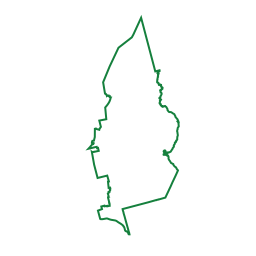 La Libertad, Petén, Guatemala (orthographic projection), rotated 75°
{"feature_id": "79465075B31281143780542", "entity_name": "La Libertad", "entity_type": "district", "adm_level": 2, "iso_a3": "GTM", "parent_name": "Guatemala", "parent_adm1": "Petén", "projection": "orthographic", "projection_center": [-90.603, 16.998], "detail": "fine", "context": "isolated", "style": "outline", "palette": "green", "viewbox_px": 256, "rotation_deg": 75, "n_neighbors": 0, "source": "geoboundaries", "source_scale": "gbopen_adm2", "svg_char_len": 5258}
<svg xmlns="http://www.w3.org/2000/svg" viewBox="0 0 256 256"><g transform="rotate(75 128 128)"><path d="M204.9,109.9L204.5,109.6L201.8,107.3L199.8,105.6L199.1,105.0L198.0,104.1L196.6,102.9L195.8,102.2L191.7,98.9L190.2,97.6L189.0,96.6L188.3,96.0L186.9,94.8L184.6,92.9L181.9,90.7L181.6,90.8L181.1,91.1L180.1,91.5L179.8,91.6L179.4,91.6L179.1,91.7L178.2,92.0L177.4,92.8L177.0,93.0L176.1,93.4L175.6,93.6L174.6,93.6L174.4,93.7L174.1,94.3L173.4,94.8L173.0,95.4L172.8,95.5L171.7,95.8L170.9,96.0L169.7,96.5L169.2,96.6L168.4,96.8L167.6,96.7L166.6,96.3L166.4,96.3L166.1,96.4L165.3,96.4L165.2,96.5L165.2,96.9L165.1,97.0L164.8,96.7L164.6,96.7L164.4,96.9L164.5,97.2L164.6,97.3L164.6,97.5L164.4,97.6L163.9,97.5L163.7,97.6L163.6,99.1L163.2,99.8L163.2,100.3L163.1,100.5L162.8,100.5L162.6,100.4L162.6,100.2L162.7,99.8L162.7,99.6L161.6,99.4L161.0,99.5L160.3,99.4L160.1,99.6L159.7,99.6L159.5,99.4L159.1,98.7L159.2,98.2L159.4,97.9L159.7,97.8L160.1,97.8L160.5,97.6L161.1,97.7L161.5,97.8L161.8,97.8L162.3,97.5L162.5,97.0L162.5,96.6L162.3,96.3L162.2,95.9L161.9,95.6L162.2,95.3L162.3,95.1L162.1,94.4L162.1,93.8L162.0,93.4L161.9,92.9L161.7,92.7L160.9,91.8L160.4,91.3L159.7,90.4L159.1,90.1L158.4,89.2L158.2,88.8L158.1,88.7L157.6,88.4L157.3,88.4L156.9,88.4L156.3,88.0L156.1,87.6L155.9,87.3L155.2,86.8L154.4,86.6L154.2,86.4L154.1,86.2L154.1,85.7L153.7,85.6L153.5,85.4L153.6,85.1L153.4,84.9L153.0,84.9L152.7,84.8L152.6,84.7L152.3,83.9L151.8,83.4L151.5,83.3L150.8,83.2L150.1,82.9L149.2,82.6L148.8,82.3L148.4,82.0L148.0,81.8L146.9,81.6L145.5,81.5L144.8,81.3L144.2,81.4L143.9,81.4L142.8,81.0L142.3,80.5L141.9,80.4L141.3,80.2L140.9,80.0L140.4,79.6L139.9,78.9L139.6,78.6L139.3,78.5L138.0,78.3L137.0,78.1L136.4,78.0L135.7,78.1L135.0,77.9L134.9,78.0L134.6,78.4L134.4,78.5L134.3,78.3L134.2,78.2L134.3,78.0L134.4,77.7L134.5,77.6L134.4,77.6L133.8,77.8L132.6,77.9L132.0,78.1L131.6,78.4L130.6,78.8L129.8,79.2L129.6,79.3L128.8,79.2L127.9,79.5L126.9,79.6L126.5,79.8L126.3,80.0L125.8,80.6L124.8,81.4L124.0,82.1L123.7,82.6L123.4,83.7L123.2,84.0L122.9,84.4L122.0,84.8L121.3,85.0L121.0,85.2L120.5,85.1L119.8,85.0L117.6,85.6L117.4,85.8L117.0,86.1L116.4,86.4L116.3,86.6L116.3,87.0L116.5,87.7L116.5,89.0L116.3,89.1L115.7,89.0L115.6,89.4L115.7,89.5L115.7,89.8L115.1,90.0L114.7,90.4L113.9,90.6L113.7,90.4L113.7,90.2L113.4,90.2L113.1,90.5L112.9,90.9L112.5,91.1L112.4,91.1L111.5,90.8L111.1,90.3L110.8,90.2L110.6,90.1L110.0,90.2L109.8,90.1L109.5,89.9L109.4,89.7L109.3,88.8L109.2,88.7L108.7,88.9L108.4,89.1L107.5,90.0L107.2,90.0L106.9,89.6L106.8,89.2L106.7,88.8L106.4,88.6L105.9,88.5L105.7,88.4L105.6,88.2L105.3,87.9L104.5,87.2L104.0,86.8L103.4,86.6L102.9,86.6L102.6,86.7L102.1,87.3L101.8,87.3L101.1,87.2L100.5,87.2L99.9,87.2L99.8,86.9L100.3,86.7L100.3,86.4L100.1,86.2L99.6,86.1L99.4,85.9L99.3,84.9L99.2,84.7L98.9,84.6L98.7,84.7L98.5,85.0L98.4,85.0L98.2,84.4L98.1,84.2L97.9,84.2L97.7,84.3L97.6,85.0L97.4,85.1L97.0,85.0L96.8,85.0L96.4,85.2L96.0,85.4L95.6,85.5L95.2,84.9L94.9,84.9L94.8,85.1L94.7,85.8L94.3,85.7L94.2,85.8L94.1,86.1L94.3,86.7L94.2,86.9L94.2,87.0L93.7,87.0L92.4,86.9L92.2,87.0L92.0,87.6L91.8,87.8L91.6,87.9L91.1,88.0L90.0,87.5L89.2,87.4L88.9,87.2L88.5,86.8L87.7,86.7L86.9,86.2L86.4,85.7L85.7,85.8L85.0,85.3L84.4,85.3L84.1,85.2L83.7,84.8L83.6,84.4L83.2,84.3L82.9,84.6L82.8,85.3L82.6,85.4L82.4,85.3L82.1,84.9L81.6,84.3L81.5,83.9L81.3,82.8L81.1,82.7L80.5,82.6L80.4,82.6L80.4,87.0L50.6,86.9L24.9,86.8L39.1,98.6L41.4,100.8L48.0,116.4L63.8,129.8L77.4,140.2L88.7,141.3L88.8,141.0L89.6,140.7L89.7,140.4L90.3,140.2L90.6,140.1L91.0,140.1L90.9,140.0L91.2,139.9L91.5,139.6L91.9,139.0L91.8,138.7L91.5,138.7L91.6,138.4L91.8,138.5L92.0,138.3L92.2,138.1L92.3,137.9L92.5,137.8L92.5,137.7L92.6,137.4L92.8,137.5L93.0,137.7L93.3,137.4L93.6,137.2L93.8,136.9L93.9,137.1L94.0,137.3L94.5,137.0L95.9,137.8L97.7,139.1L99.2,140.6L100.6,142.3L102.3,144.7L113.9,146.7L113.4,153.8L119.9,153.9L121.4,155.7L122.3,156.2L120.5,159.3L120.2,159.3L120.2,160.2L128.1,162.4L131.4,164.2L131.2,165.7L132.3,166.5L132.9,166.7L133.2,165.8L133.8,165.1L134.5,165.7L134.2,166.3L136.0,168.9L136.4,169.3L136.6,169.7L137.8,171.6L138.0,164.7L138.1,163.1L139.5,163.1L139.5,162.1L142.5,162.2L142.3,166.6L142.2,166.6L142.1,168.8L141.7,169.1L154.6,170.2L168.4,170.3L168.6,160.4L174.7,160.3L174.6,161.2L180.8,162.2L180.9,160.8L181.4,160.8L181.3,161.4L182.3,161.4L182.3,160.9L183.4,161.3L183.4,161.7L184.9,162.3L184.8,163.3L185.6,163.4L186.0,164.4L188.5,164.4L189.2,164.7L189.6,164.5L189.7,165.2L190.0,165.3L195.9,165.4L195.8,165.6L198.4,165.8L198.3,168.3L197.8,168.3L197.6,170.9L196.9,170.9L196.9,174.1L199.6,174.1L200.0,178.4L208.6,178.4L208.9,178.1L209.3,176.9L209.5,176.0L209.8,172.3L209.9,171.9L210.1,171.4L210.5,170.8L211.5,169.4L212.3,168.0L213.9,164.5L214.3,163.8L214.8,163.2L216.5,161.8L218.7,159.7L219.8,158.8L221.1,157.9L221.3,157.8L221.9,157.9L222.6,157.4L223.5,157.3L225.8,157.3L226.2,157.3L226.6,157.1L226.9,157.0L227.1,156.8L227.4,156.2L227.9,155.7L228.2,155.4L228.5,155.3L228.8,155.3L229.3,155.1L229.8,154.9L230.7,154.9L230.9,154.7L231.0,154.6L231.1,154.1L229.2,154.0L227.9,154.1L226.2,154.1L225.9,154.1L216.4,154.2L212.6,154.2L209.4,154.3L208.1,154.2L206.2,154.3L204.9,154.2L205.0,127.6L204.9,120.1L205.0,119.4L204.9,119.3L204.9,118.6L205.0,117.5L204.9,117.3L205.0,117.2L204.9,109.9Z" fill="none" stroke="#15803d" stroke-width="2"/></g></svg>